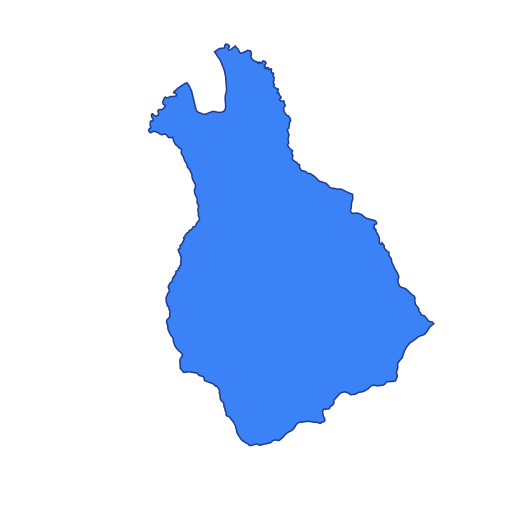 Chaguaní, Cundinamarca, Colombia (Mercator projection), rotated 51°
{"feature_id": "7082276B58224372670541", "entity_name": "Chaguaní", "entity_type": "district", "adm_level": 2, "iso_a3": "COL", "parent_name": "Colombia", "parent_adm1": "Cundinamarca", "projection": "mercator", "projection_center": [-74.667, 4.95], "detail": "fine", "context": "isolated", "style": "filled", "palette": "blue", "viewbox_px": 512, "rotation_deg": 51, "n_neighbors": 0, "source": "geoboundaries", "source_scale": "gbopen_adm2", "svg_char_len": 6087}
<svg xmlns="http://www.w3.org/2000/svg" viewBox="0 0 512 512"><g transform="rotate(51 256 256)"><path d="M389.6,383.0L391.9,382.5L396.4,380.9L397.2,380.3L399.2,380.4L400.7,378.1L402.3,373.8L405.3,372.4L405.9,371.5L407.4,367.7L408.4,366.4L409.1,364.3L410.3,362.2L410.1,359.6L410.5,357.8L412.1,355.6L413.6,354.8L413.9,354.0L413.9,349.5L413.1,345.2L413.2,342.0L414.1,338.2L414.1,337.0L413.6,334.0L412.3,330.8L412.2,328.2L413.0,325.9L413.7,325.6L415.4,322.4L417.8,318.9L422.1,315.1L423.9,313.0L426.1,311.7L426.7,310.9L426.7,309.4L427.7,306.9L426.9,305.8L425.5,304.9L422.9,304.4L419.6,302.8L418.0,300.9L417.6,299.3L419.3,298.2L419.6,296.8L420.6,295.6L420.8,295.0L419.9,293.4L420.0,289.7L419.1,287.7L417.3,286.4L417.0,285.7L415.7,277.4L415.8,275.9L417.2,272.8L419.7,270.9L421.3,270.2L423.2,269.9L426.0,265.7L426.4,262.2L428.1,259.6L429.2,256.6L429.8,251.8L429.4,248.2L429.6,247.3L431.2,245.0L433.2,243.6L436.4,238.4L436.7,236.8L436.0,233.7L440.0,227.9L440.8,226.2L438.6,222.1L437.6,221.3L434.9,220.2L431.9,215.9L428.7,213.8L427.6,209.8L427.2,206.7L423.0,200.0L421.7,196.9L420.4,191.3L421.0,184.0L420.8,181.5L421.1,179.7L422.9,174.7L422.9,173.8L421.9,169.4L420.6,165.8L420.4,163.0L420.6,160.5L418.3,160.5L416.1,162.3L414.5,162.8L408.6,162.7L405.7,164.5L405.2,164.5L403.5,163.9L402.8,164.1L401.2,163.9L400.5,163.7L399.7,162.7L394.0,162.5L390.7,160.8L388.5,158.7L386.6,158.3L383.9,159.2L375.6,160.2L372.2,162.5L369.7,163.4L365.6,162.1L363.8,160.5L362.6,158.6L361.0,157.6L357.9,156.8L352.0,155.9L350.3,155.2L346.9,154.6L343.0,152.5L339.6,152.5L336.8,150.3L335.1,151.0L331.2,151.4L330.3,151.2L328.5,149.8L325.2,149.8L325.9,150.4L325.9,151.1L324.3,151.8L323.0,151.6L320.7,149.6L319.1,148.7L316.2,147.8L312.2,147.4L311.5,146.4L310.2,146.2L308.8,147.1L307.8,145.7L306.2,144.7L306.9,141.9L305.8,141.3L304.4,141.1L303.4,141.2L296.3,146.4L293.7,147.3L290.4,147.8L286.4,150.1L283.5,154.3L281.4,154.5L280.4,154.3L278.9,152.2L274.6,148.0L272.5,144.8L268.8,142.1L264.8,144.4L257.6,147.7L255.2,150.7L252.3,153.0L251.0,154.4L249.4,155.4L245.4,155.5L243.0,156.1L237.6,159.8L230.8,160.5L225.9,162.0L224.7,163.7L221.5,164.3L217.9,167.0L214.4,166.3L212.5,164.7L211.2,165.6L209.8,165.4L204.3,167.0L202.8,166.2L201.0,164.0L198.6,163.5L197.2,161.3L194.6,162.1L191.1,162.0L189.4,161.4L188.8,159.5L185.4,157.6L182.3,153.8L180.7,153.6L179.3,152.8L177.5,152.3L177.3,150.1L172.9,145.3L172.9,144.3L172.4,143.6L169.9,142.7L168.7,142.9L167.7,142.6L165.6,143.7L161.3,143.2L158.3,141.4L157.5,138.4L155.5,138.1L153.0,136.7L151.5,139.1L149.1,139.4L148.8,139.1L149.1,137.8L148.3,136.5L145.8,136.6L143.8,135.7L143.0,136.5L142.4,136.6L141.4,134.6L140.3,133.7L138.5,134.7L135.3,135.8L134.5,133.8L132.6,133.6L131.5,133.1L131.1,131.7L129.9,131.0L129.0,129.7L126.3,129.2L125.3,127.4L124.7,127.5L123.5,128.4L122.7,128.4L120.5,126.3L119.9,126.6L119.8,127.8L118.7,129.0L118.1,127.9L116.6,128.5L116.4,130.5L115.9,130.9L114.7,129.7L113.8,130.1L113.4,130.0L112.7,127.1L111.3,126.5L110.5,126.5L108.7,127.8L108.7,128.4L109.7,130.2L109.3,130.6L107.5,131.2L107.4,131.7L108.2,132.3L108.1,132.7L107.4,133.1L106.4,132.9L102.2,135.0L98.6,134.9L97.4,134.2L96.4,132.7L94.3,131.4L92.9,131.4L90.7,133.2L90.8,134.6L90.0,136.5L89.9,138.6L88.0,140.6L87.5,140.8L86.2,140.2L83.1,139.8L80.9,140.2L79.8,139.8L79.6,146.0L79.1,147.4L78.4,147.5L77.4,147.1L76.7,145.3L75.9,144.4L73.5,145.0L72.4,145.8L72.3,146.6L72.6,147.5L73.3,148.4L74.2,148.8L74.4,149.3L73.7,150.9L71.7,153.8L71.2,159.7L81.6,160.6L91.6,163.7L97.4,166.7L108.1,174.1L109.8,175.8L111.6,178.5L114.4,181.1L119.8,184.8L121.7,186.4L122.9,188.2L123.2,189.7L122.8,192.1L120.7,194.9L117.5,197.4L116.3,198.9L114.0,206.0L112.9,207.5L108.5,210.1L106.9,210.7L105.0,210.6L102.2,209.4L87.4,202.3L82.4,201.0L78.1,200.5L77.2,202.8L76.5,210.0L76.7,216.4L77.3,217.3L78.8,216.1L79.3,216.0L80.9,216.4L81.4,217.1L80.1,219.8L78.2,222.1L77.5,225.0L76.7,225.9L75.4,226.4L75.4,227.7L77.8,231.9L80.0,232.5L81.6,231.6L83.0,233.9L83.1,237.2L81.5,238.6L81.1,240.2L82.0,241.3L84.2,242.1L84.7,242.6L84.9,244.5L84.3,245.5L83.0,246.7L80.4,246.8L80.1,247.1L80.2,248.0L81.7,249.4L84.8,249.9L86.0,250.6L86.0,251.4L85.0,252.4L85.1,253.6L87.5,255.8L90.3,257.1L90.0,258.5L90.2,259.6L90.8,260.4L92.0,260.8L93.6,260.5L94.1,259.9L94.6,256.8L99.0,254.2L100.7,254.0L102.2,253.2L104.1,249.8L105.1,249.4L108.4,249.4L109.3,249.1L111.0,247.0L111.4,245.9L114.7,247.7L119.0,248.4L121.7,247.7L123.6,247.9L125.3,246.9L126.6,246.9L128.3,248.9L130.0,249.7L132.8,249.9L137.2,251.5L140.8,251.8L143.8,253.4L146.8,253.2L152.3,254.5L154.4,256.1L157.6,257.3L163.0,258.4L164.0,259.3L166.0,262.4L167.4,263.5L169.7,264.5L174.6,265.7L177.5,268.3L181.0,269.0L183.7,272.4L185.9,273.4L188.0,275.2L191.7,276.4L192.4,278.0L193.3,281.9L194.6,283.8L194.6,285.2L193.8,286.4L194.9,289.3L194.2,291.8L195.1,293.6L194.7,295.4L195.1,296.3L194.9,297.3L196.1,298.9L196.1,300.7L196.7,301.1L197.6,301.0L198.1,301.6L198.7,303.5L199.8,305.5L200.2,308.8L202.2,309.8L202.1,312.6L203.9,313.0L204.5,313.6L205.6,313.4L207.5,314.4L209.1,314.4L209.8,315.4L211.9,316.4L212.5,317.7L215.6,319.9L215.6,321.4L216.8,322.3L216.9,323.1L216.6,323.9L218.1,325.6L217.5,327.8L219.5,329.7L220.1,332.6L220.6,333.4L220.7,334.6L222.5,336.6L223.0,338.3L222.8,339.0L223.0,340.2L223.6,340.8L223.6,341.5L224.7,343.7L228.9,345.3L229.6,348.3L230.6,349.6L231.4,351.6L233.2,353.3L234.4,353.8L235.1,354.7L237.0,355.1L239.1,356.3L240.8,355.7L242.6,357.2L243.9,357.3L245.6,358.2L247.3,360.2L249.1,361.2L249.7,365.9L251.8,367.6L254.5,368.4L256.9,370.1L258.9,371.0L264.2,372.2L265.9,371.9L268.3,372.4L269.9,373.7L275.2,375.7L280.6,375.8L281.8,375.4L286.3,375.0L287.2,376.5L288.2,379.5L289.4,381.0L295.8,385.7L297.9,385.4L300.7,385.6L302.1,383.9L303.6,381.1L310.1,375.3L311.8,375.5L313.1,375.3L316.4,373.0L317.3,372.9L320.3,374.3L320.8,374.2L328.2,369.8L331.6,369.3L332.7,368.5L334.8,368.4L337.7,369.0L339.4,370.8L340.9,371.2L344.1,373.4L345.8,374.0L349.6,373.7L350.5,373.9L353.1,375.8L355.3,376.2L356.7,377.3L358.4,377.5L360.4,379.1L361.6,379.4L362.6,379.0L363.7,378.0L371.5,378.1L375.7,379.1L377.0,380.1L378.4,380.2L380.5,381.7L383.6,382.4L389.6,383.0Z" fill="#3b82f6" stroke="#1e3a8a" stroke-width="1.5"/></g></svg>